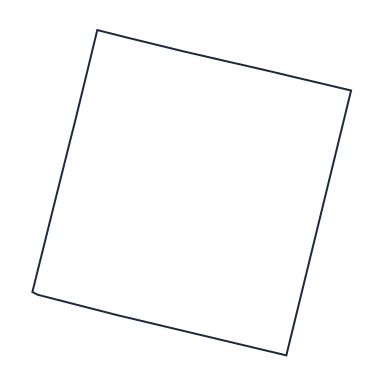 Kendall, Illinois, United States of America (Natural Earth projection), rotated 285°
{"feature_id": "52423323B87948005575599", "entity_name": "Kendall", "entity_type": "district", "adm_level": 2, "iso_a3": "USA", "parent_name": "United States of America", "parent_adm1": "Illinois", "projection": "natural_earth1", "projection_center": [-88.396, 41.591], "detail": "fine", "context": "isolated", "style": "outline", "palette": "slate", "viewbox_px": 384, "rotation_deg": 285, "n_neighbors": 0, "source": "geoboundaries", "source_scale": "gbopen_adm2", "svg_char_len": 377}
<svg xmlns="http://www.w3.org/2000/svg" viewBox="0 0 384 384"><g transform="rotate(285 192 192)"><path d="M54.1,63.7L52.8,69.7L53.7,151.6L58.6,325.4L331.2,319.4L329.5,261.9L328.7,232.6L327.1,189.4L325.6,146.8L324.3,87.3L323.9,58.6L323.3,58.6L277.8,59.7L236.7,60.6L233.6,60.7L210.4,61.0L143.4,62.1L143.0,62.1L54.1,63.7Z" fill="none" stroke="#1e293b" stroke-width="2"/></g></svg>